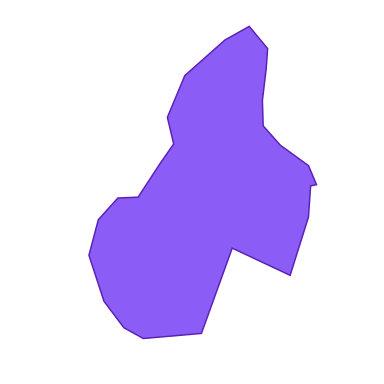 outline of Moka, rotated 70°
{"feature_id": "MUS-5186", "entity_name": "Moka", "entity_type": "District", "adm_level": 1, "iso_a3": "MUS", "parent_name": "Mauritius", "parent_adm1": "", "projection": "mercator", "projection_center": [57.579, -20.265], "detail": "fine", "context": "isolated", "style": "filled", "palette": "violet", "viewbox_px": 384, "rotation_deg": 70, "n_neighbors": 0, "source": "natural_earth", "source_scale": "10m", "svg_char_len": 479}
<svg xmlns="http://www.w3.org/2000/svg" viewBox="0 0 384 384"><g transform="rotate(70 192 192)"><path d="M227.7,72.5L226.8,78.4L255.5,91.2L303.9,128.3L258.5,173.4L328.1,231.5L313.0,287.9L296.3,302.4L264.6,312.1L216.2,310.5L186.0,289.5L172.3,263.7L178.4,244.4L154.2,212.1L140.6,192.8L113.4,189.6L80.1,158.9L60.4,109.0L55.9,81.6L83.1,71.9L101.3,80.0L130.0,94.5L140.9,98.1L154.2,102.5L178.4,92.9L207.1,73.5L227.7,72.5Z" fill="#8b5cf6" stroke="#5b21b6" stroke-width="1.5"/></g></svg>